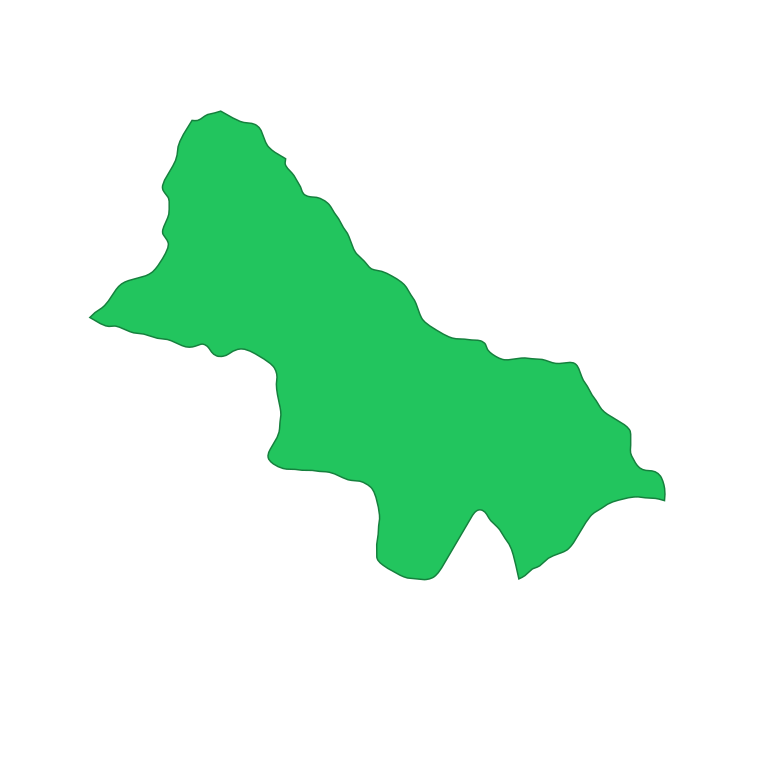 Salcedo, Hermanas, Dominican Republic (Albers equal-area conic projection), rotated 121°
{"feature_id": "3306468B93547885769442", "entity_name": "Salcedo", "entity_type": "district", "adm_level": 2, "iso_a3": "DOM", "parent_name": "Dominican Republic", "parent_adm1": "Hermanas", "projection": "albers", "projection_center": [-70.395, 19.439], "detail": "fine", "context": "isolated", "style": "filled", "palette": "green", "viewbox_px": 768, "rotation_deg": 121, "n_neighbors": 0, "source": "geoboundaries", "source_scale": "gbopen_adm2", "svg_char_len": 4122}
<svg xmlns="http://www.w3.org/2000/svg" viewBox="0 0 768 768"><g transform="rotate(121 384 384)"><path d="M234.2,664.5L238.7,668.6L243.9,674.0L246.8,675.7L251.4,677.7L254.1,679.5L255.7,681.8L256.9,684.3L273.2,684.5L281.1,683.9L286.7,682.7L294.3,679.3L299.8,677.8L305.9,677.3L322.3,677.1L327.8,676.0L329.4,675.3L330.7,674.3L331.7,673.2L333.0,670.6L335.1,665.4L335.9,664.2L338.1,662.2L344.9,658.1L349.3,655.9L353.1,655.0L362.5,653.8L365.9,653.0L367.4,652.3L368.7,651.4L369.6,650.3L372.4,644.1L374.1,641.7L375.4,640.7L378.7,639.4L384.4,638.6L390.5,638.4L398.9,638.7L403.0,639.2L407.1,640.1L410.7,641.8L414.0,644.0L426.9,656.2L430.0,658.6L433.4,660.5L437.1,661.7L441.0,662.3L454.9,663.0L460.7,663.9L464.1,665.0L471.6,668.5L478.5,670.4L478.3,658.1L477.5,652.5L476.3,649.4L473.2,645.0L472.5,643.6L471.6,640.2L470.0,628.8L469.1,625.0L465.0,615.8L461.5,601.8L457.4,592.6L456.5,588.7L455.1,576.8L454.2,573.0L452.7,569.8L450.8,567.2L448.6,565.1L444.3,561.5L443.4,560.4L442.9,559.1L442.6,557.7L442.7,554.8L443.6,552.2L445.4,548.3L446.2,545.3L446.1,542.0L445.7,540.4L444.1,537.5L443.1,536.3L440.8,534.1L438.0,532.5L433.6,530.3L429.7,527.3L427.6,524.7L426.0,521.4L424.8,515.8L424.4,509.8L424.4,499.8L425.0,492.0L425.9,488.2L426.6,486.4L428.4,483.6L430.7,481.1L433.3,479.2L439.5,476.2L443.6,473.4L448.0,469.8L457.8,460.8L460.7,458.4L463.7,456.4L470.2,453.5L476.1,450.5L479.2,449.2L484.9,448.1L498.4,447.9L502.0,447.6L505.2,446.5L506.7,445.4L507.8,444.1L509.0,441.0L509.5,437.7L509.4,432.3L508.4,427.0L507.1,423.6L503.0,416.3L500.1,409.8L495.0,401.0L492.2,394.4L489.1,388.5L487.8,385.4L486.5,380.1L485.5,370.9L484.6,365.5L483.4,362.3L479.8,354.8L479.0,351.3L478.8,345.9L479.3,342.2L479.8,340.5L481.7,337.0L485.4,332.4L492.5,325.4L498.6,320.4L501.9,318.3L508.4,315.5L515.8,311.6L525.3,307.6L536.1,301.0L537.2,299.9L538.2,298.4L539.3,295.1L539.8,291.4L540.1,285.7L539.6,271.7L539.1,267.8L538.2,264.0L530.9,248.6L529.9,247.2L527.7,244.7L525.0,242.6L523.5,241.8L521.6,241.1L517.8,240.3L511.9,239.9L450.9,240.5L447.4,240.1L445.8,239.6L444.3,238.9L442.9,237.7L442.1,236.3L441.6,234.7L441.8,231.6L442.8,228.9L444.9,225.0L446.2,222.0L448.2,213.3L449.3,209.8L453.9,200.8L456.8,194.4L460.1,189.5L464.1,185.0L471.3,177.8L481.6,168.0L478.5,166.0L475.6,164.5L466.5,161.7L465.3,161.0L462.1,158.4L459.7,156.9L448.7,153.4L444.1,150.5L435.2,143.5L431.9,141.6L430.1,141.0L426.4,140.2L422.5,139.8L398.8,139.7L391.1,139.0L389.2,138.6L385.8,137.4L378.4,133.5L372.0,130.5L367.2,127.2L362.8,123.2L355.7,116.0L352.0,111.4L349.9,108.1L347.0,101.5L342.3,92.5L341.0,89.0L339.5,83.5L333.8,86.4L329.1,89.6L326.2,92.2L323.7,94.9L321.5,97.9L320.6,99.5L319.6,103.0L319.6,106.4L320.5,109.6L323.2,115.1L324.1,118.2L324.2,121.7L323.4,124.9L322.1,127.9L318.1,134.7L316.1,137.1L313.5,138.9L309.3,141.1L300.0,146.7L297.6,148.7L296.7,150.2L295.6,153.5L295.1,157.1L294.9,176.8L294.5,180.7L293.6,184.4L292.2,187.5L289.1,193.4L286.3,199.9L281.2,208.6L278.2,215.0L276.1,218.0L270.6,224.9L268.9,227.8L268.4,229.4L268.2,231.0L268.4,232.7L269.7,235.7L276.0,244.1L277.8,247.2L279.0,250.6L280.5,257.6L281.5,261.1L286.1,270.1L289.1,276.6L291.1,279.7L299.4,290.1L301.3,293.4L301.9,295.2L302.6,298.8L302.8,302.4L302.7,306.0L302.3,309.4L301.4,312.4L300.7,313.6L297.7,317.5L297.2,318.8L297.0,321.7L297.2,323.3L298.2,326.1L301.2,331.7L304.1,338.1L308.1,345.5L309.4,349.0L310.2,352.8L310.7,358.7L310.8,366.8L310.6,374.8L309.9,380.6L308.8,384.3L307.9,386.0L305.8,389.1L298.7,397.8L296.6,400.9L293.6,407.2L289.6,414.6L288.4,417.9L287.7,421.6L287.3,427.2L287.4,432.9L287.7,438.5L288.6,443.9L291.2,451.2L291.8,454.0L291.4,456.9L288.9,464.2L286.5,474.6L285.8,476.3L284.0,479.5L275.8,489.9L273.7,493.0L270.8,499.4L265.7,508.1L262.9,514.6L259.7,520.5L258.4,523.6L258.0,525.3L257.5,528.9L257.8,534.3L258.7,537.8L261.4,543.3L262.4,546.1L262.7,549.1L262.5,550.6L261.3,553.1L258.0,557.1L251.8,568.3L250.6,571.4L248.8,577.7L247.5,580.5L246.6,581.7L245.5,582.6L241.6,584.3L241.6,596.8L241.2,600.9L240.3,604.8L239.7,606.6L237.8,609.9L230.0,619.9L228.5,623.1L227.9,626.6L228.0,628.3L228.7,631.5L232.0,638.8L233.0,642.5L233.8,650.5L234.2,664.5Z" fill="#22c55e" stroke="#15803d" stroke-width="1.5"/></g></svg>